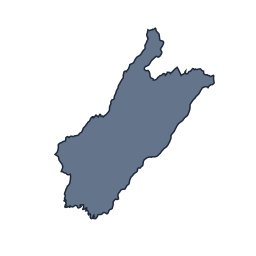 Útica, Cundinamarca, Colombia, rotated 210°
{"feature_id": "7082276B79579066733187", "entity_name": "Útica", "entity_type": "district", "adm_level": 2, "iso_a3": "COL", "parent_name": "Colombia", "parent_adm1": "Cundinamarca", "projection": "equal_earth", "projection_center": [-74.472, 5.191], "detail": "fine", "context": "isolated", "style": "filled", "palette": "slate", "viewbox_px": 256, "rotation_deg": 210, "n_neighbors": 0, "source": "geoboundaries", "source_scale": "gbopen_adm2", "svg_char_len": 5809}
<svg xmlns="http://www.w3.org/2000/svg" viewBox="0 0 256 256"><g transform="rotate(210 128 128)"><path d="M110.9,33.2L110.5,34.0L110.4,34.9L110.3,36.3L110.7,37.2L110.7,37.5L110.2,38.2L108.1,39.7L107.7,40.1L107.1,42.3L106.8,42.7L106.2,43.0L105.0,43.2L103.5,43.1L102.9,43.6L102.9,45.3L103.2,47.0L103.1,47.5L102.8,48.5L102.0,49.3L101.5,50.6L102.5,54.2L103.8,56.4L103.9,57.7L103.4,60.0L103.2,60.2L101.9,60.5L101.2,61.1L100.8,61.8L101.6,63.0L102.6,63.9L103.4,65.2L103.5,66.0L103.5,67.5L103.3,68.2L103.1,70.7L102.9,71.3L102.0,72.3L100.2,73.5L100.0,74.0L100.2,76.0L100.1,77.8L99.3,79.6L99.3,80.5L100.5,83.9L100.8,86.1L100.8,87.0L100.2,89.2L100.1,90.5L99.7,92.1L98.5,94.4L98.5,95.8L99.2,97.1L99.2,98.2L99.0,98.6L97.4,99.4L97.2,99.9L97.3,101.3L96.8,102.0L96.5,102.6L96.6,103.4L97.9,106.5L98.1,108.2L98.0,108.8L97.4,110.1L96.9,111.4L95.6,113.0L94.8,113.7L93.0,114.5L92.6,115.2L90.2,116.6L89.0,117.8L88.3,119.3L87.7,121.8L87.4,122.4L87.3,124.5L86.5,128.3L85.3,130.9L85.0,132.9L85.1,136.7L85.6,140.3L86.3,141.9L86.9,142.4L87.0,143.3L86.9,145.2L86.6,146.5L86.3,148.5L86.5,150.3L86.7,155.1L86.2,157.8L84.4,161.8L84.4,163.1L84.0,165.5L82.9,168.0L82.8,169.6L83.7,174.9L84.2,175.7L84.6,177.0L86.0,179.2L85.7,184.5L84.8,187.9L84.9,189.4L84.4,190.5L84.3,191.4L83.9,192.0L83.7,193.9L83.8,196.5L83.7,200.2L82.8,200.9L82.4,201.9L81.9,202.3L79.9,203.3L78.8,202.9L78.7,203.1L78.9,203.5L78.9,204.2L78.5,205.5L77.8,207.0L76.7,207.7L76.3,208.5L75.9,210.1L78.4,213.2L79.4,215.0L79.6,215.8L80.1,216.3L80.4,216.3L82.0,214.2L82.5,213.7L83.6,214.1L85.1,213.5L86.0,213.7L87.3,212.9L88.1,212.7L89.1,212.8L89.6,213.0L91.0,215.0L91.7,214.8L92.7,214.8L94.9,215.4L96.3,214.4L97.8,212.8L99.1,212.8L99.8,211.5L100.0,211.5L100.5,212.0L101.6,211.9L102.1,209.8L102.1,208.7L103.4,207.3L103.5,204.9L103.8,204.5L104.7,204.0L105.2,204.0L106.1,204.8L106.6,206.1L106.7,205.4L106.3,203.7L107.2,202.0L107.8,201.3L108.2,200.1L113.6,203.8L115.8,205.1L117.1,201.7L117.5,199.6L118.5,196.3L119.0,196.7L119.7,197.0L121.8,195.9L121.5,194.1L122.0,192.2L123.2,193.4L124.7,192.7L125.1,190.8L126.5,189.1L126.8,188.3L126.9,187.7L127.5,186.4L127.5,185.1L127.9,184.1L128.9,182.8L130.3,182.2L130.5,182.9L130.9,183.1L133.2,182.9L134.2,183.3L134.7,183.8L135.9,185.4L137.5,187.1L138.7,187.7L139.3,187.9L139.6,187.8L140.2,187.1L140.8,186.8L141.5,186.7L142.8,186.7L143.2,187.0L143.6,187.6L143.9,188.8L143.7,189.7L141.9,192.2L141.5,193.0L141.4,194.8L141.4,197.4L141.3,198.2L139.7,203.6L139.5,204.0L139.0,204.3L137.4,204.4L137.1,204.6L136.4,205.9L136.2,207.1L136.2,209.4L136.4,210.1L136.6,210.6L137.0,211.0L139.0,212.1L139.4,212.6L139.4,213.8L139.2,216.4L139.6,219.1L140.1,220.2L140.6,220.5L141.6,220.6L143.2,220.1L144.0,220.0L144.5,220.2L145.9,222.0L146.9,223.4L148.2,224.9L152.2,226.2L153.5,227.8L153.9,228.0L154.4,227.6L154.5,227.7L155.0,226.4L155.7,226.0L155.5,225.8L155.7,225.5L156.8,224.7L157.9,223.4L158.9,222.9L159.8,223.0L159.5,222.3L159.4,221.5L159.1,220.9L158.7,219.8L158.7,218.9L158.2,217.8L157.7,217.2L156.6,216.5L156.5,216.2L155.7,216.1L155.7,215.6L155.3,215.0L155.1,214.1L155.1,213.1L154.6,210.2L154.7,208.1L153.5,206.4L152.8,204.9L153.3,203.6L153.6,202.0L153.7,197.9L154.6,195.9L155.5,194.4L155.8,193.5L156.1,191.0L155.8,187.9L155.9,187.3L156.3,186.4L158.1,183.9L157.5,181.8L157.4,180.5L157.2,179.8L157.2,179.1L157.7,176.4L157.6,176.0L158.3,176.1L158.9,175.8L159.4,175.3L159.5,174.6L158.5,171.3L157.2,168.9L157.4,167.5L157.5,166.2L157.5,163.2L157.3,162.6L157.5,161.3L157.3,160.3L157.4,159.4L156.7,157.9L156.6,154.3L155.9,151.6L155.7,148.9L155.3,147.6L154.7,147.1L154.6,146.8L154.9,145.6L155.4,144.9L156.0,144.3L156.1,143.4L155.9,142.0L154.9,140.5L154.9,139.4L154.6,137.4L153.8,135.6L153.0,134.3L152.9,133.3L153.0,131.9L153.6,128.7L154.7,126.6L154.8,125.4L155.0,125.1L156.0,125.6L157.1,124.6L158.4,125.9L159.1,125.9L159.3,125.2L159.2,123.8L159.3,122.6L160.5,123.1L161.5,122.7L161.9,123.2L162.2,123.2L162.4,122.8L162.5,121.1L162.9,119.5L163.3,119.5L163.4,120.2L163.6,120.4L164.6,119.9L164.6,119.0L165.2,117.8L164.8,115.8L164.9,114.5L165.6,112.8L165.5,111.5L165.9,110.4L165.8,109.4L165.7,108.9L166.0,108.1L166.6,105.7L166.6,105.1L166.2,103.8L166.1,101.9L166.3,100.7L167.1,99.4L167.3,98.6L167.3,97.2L168.8,95.6L170.0,94.8L171.1,93.2L171.7,92.9L172.5,92.8L173.6,92.1L174.0,91.4L174.0,90.8L174.4,90.3L174.7,90.1L175.3,90.4L176.0,90.4L176.6,89.7L176.9,88.7L176.8,88.1L175.7,85.7L176.5,84.7L177.6,83.7L178.4,81.9L179.2,81.2L179.5,80.7L180.1,79.0L180.0,78.6L178.3,75.8L177.5,73.3L177.3,71.9L177.3,71.1L178.0,68.6L174.7,68.5L174.0,68.3L173.3,67.6L172.3,66.4L171.4,65.6L167.9,64.1L166.3,63.1L165.2,61.9L164.8,61.1L164.2,58.4L164.2,57.1L164.0,56.8L162.7,57.4L160.9,57.3L159.0,57.8L157.8,57.4L156.9,57.4L155.6,58.1L154.8,59.0L153.8,57.9L152.4,55.2L151.4,52.9L151.4,52.3L150.8,51.5L150.9,48.7L151.4,47.3L151.1,45.2L151.1,44.0L150.8,43.2L150.6,41.9L150.4,41.3L150.5,41.0L150.3,40.0L149.9,38.9L149.1,38.6L148.0,37.0L147.8,35.3L147.0,34.5L147.0,33.0L146.5,32.9L145.9,33.1L145.9,33.3L146.3,34.3L146.2,34.6L145.5,34.1L144.5,32.2L143.6,31.5L143.8,30.2L143.8,29.7L143.7,29.6L143.0,29.9L142.8,29.7L143.4,28.4L143.3,28.1L142.4,28.0L141.9,28.4L141.1,29.1L140.7,30.2L140.5,30.3L139.4,30.1L138.9,30.2L138.8,30.3L139.4,31.0L139.3,31.4L137.3,31.7L136.4,32.0L136.0,32.6L135.2,34.5L134.8,34.7L133.3,35.1L131.7,33.9L130.8,34.0L129.8,35.5L129.3,36.6L129.5,36.8L130.5,36.9L130.9,37.1L130.9,37.4L129.5,38.5L128.6,38.6L128.1,39.2L127.3,37.8L126.7,37.1L126.6,35.2L126.4,34.9L126.0,35.1L125.5,35.6L125.1,36.2L124.3,37.8L123.8,38.2L123.6,37.9L123.5,36.4L123.2,35.1L122.7,35.4L122.2,36.4L121.8,36.4L119.9,35.0L119.6,34.2L119.7,33.7L118.6,33.1L117.9,34.6L117.7,34.7L116.8,33.4L116.4,32.3L115.8,31.6L115.2,31.2L114.4,31.2L114.0,31.5L113.8,31.9L113.6,32.7L113.8,33.7L114.1,35.0L114.0,35.4L113.6,34.8L112.9,34.4L112.9,32.7L112.1,32.5L110.9,33.2Z" fill="#64748b" stroke="#1e293b" stroke-width="1.5"/></g></svg>